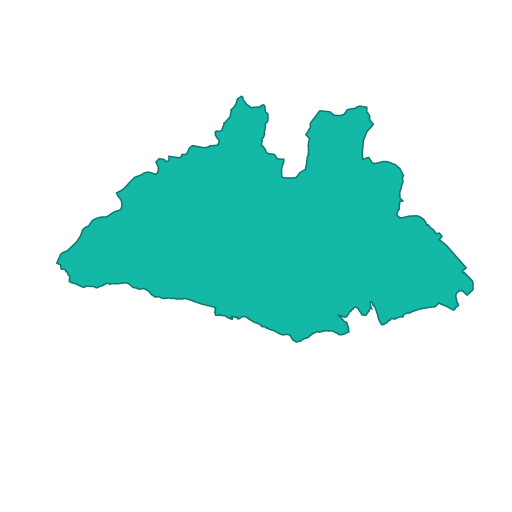 the district of Paltinis, Caras-Severin, Romania, rotated 60°
{"feature_id": "2599482B25505724064349", "entity_name": "Paltinis", "entity_type": "district", "adm_level": 2, "iso_a3": "ROU", "parent_name": "Romania", "parent_adm1": "Caras-Severin", "projection": "albers", "projection_center": [22.135, 45.385], "detail": "fine", "context": "isolated", "style": "filled", "palette": "teal", "viewbox_px": 512, "rotation_deg": 60, "n_neighbors": 0, "source": "geoboundaries", "source_scale": "gbopen_adm2", "svg_char_len": 6112}
<svg xmlns="http://www.w3.org/2000/svg" viewBox="0 0 512 512"><g transform="rotate(60 256 256)"><path d="M162.6,432.1L165.9,429.7L169.8,431.2L170.4,430.9L171.6,428.7L172.4,428.1L174.5,428.3L175.0,427.7L175.9,427.5L178.0,428.1L180.4,427.4L181.6,427.9L182.6,429.1L184.8,430.5L186.6,429.0L186.9,429.2L189.6,426.3L196.2,421.7L197.2,420.4L197.4,417.4L199.6,414.6L201.3,411.7L203.3,410.6L204.0,409.7L204.4,405.5L205.0,403.6L204.9,401.0L205.2,398.2L207.6,396.7L207.6,395.0L210.7,390.0L213.8,382.5L216.3,380.1L221.9,378.1L223.9,375.7L226.1,374.1L227.0,372.5L227.5,370.7L228.2,369.6L230.2,368.0L233.3,366.4L237.2,365.8L241.2,363.8L242.7,360.3L245.3,358.7L246.4,357.5L247.4,355.6L247.4,355.1L247.9,354.5L248.6,352.4L250.8,350.2L251.4,348.1L252.5,347.5L252.6,347.1L254.0,345.9L254.1,344.4L254.8,344.0L256.6,340.9L256.6,339.6L259.2,336.7L270.0,327.5L279.8,317.3L280.3,317.0L281.2,317.0L281.1,317.6L283.0,318.8L283.9,318.9L284.1,319.3L283.8,319.5L283.9,319.8L287.1,320.6L287.9,319.4L288.3,318.3L289.3,316.8L288.5,317.4L288.4,317.2L289.7,316.5L289.8,315.9L291.0,314.6L292.1,312.9L293.2,311.8L294.0,311.9L295.1,311.5L296.7,310.0L297.6,309.6L298.9,308.2L297.9,307.1L296.9,308.4L296.1,307.5L298.5,304.1L298.9,303.9L299.1,304.3L299.6,304.0L299.6,303.5L300.2,303.1L300.1,302.6L301.4,303.2L302.0,301.4L301.5,299.0L302.0,297.6L303.5,295.2L305.8,294.3L307.1,293.3L307.2,293.6L312.7,290.5L315.0,288.4L316.7,287.2L318.7,286.3L319.3,286.4L320.3,286.0L321.4,284.2L322.1,283.6L323.5,283.1L323.3,282.9L323.9,282.5L324.2,281.8L325.4,281.6L327.4,280.0L329.1,278.1L335.8,274.1L338.1,271.7L338.5,270.1L339.6,268.1L341.5,266.2L346.1,266.2L347.6,265.9L350.6,264.1L352.0,259.8L351.6,255.9L352.6,252.2L352.5,250.4L352.0,249.6L352.0,248.4L351.6,245.7L352.0,242.1L351.9,241.4L352.9,239.7L353.8,239.1L353.9,238.7L353.7,238.2L354.2,237.5L354.3,236.2L354.8,234.8L355.3,234.2L355.2,233.6L356.4,231.6L357.4,230.6L357.5,229.6L358.4,228.5L358.4,227.7L360.5,226.2L361.6,225.9L363.2,224.4L365.6,223.4L366.9,221.5L367.8,217.7L367.8,215.2L368.3,213.6L366.8,213.1L365.1,212.1L363.1,211.5L361.1,211.3L359.6,210.7L358.3,211.0L357.6,211.9L356.7,212.3L351.2,213.4L349.0,214.5L348.4,214.7L348.2,214.4L349.2,213.6L349.9,212.4L351.6,211.5L353.4,209.8L353.6,209.4L353.8,208.0L353.8,207.4L351.3,202.9L351.0,200.7L350.2,198.7L350.4,198.3L349.8,197.5L349.6,196.4L349.9,195.6L351.1,194.5L352.9,193.6L354.3,194.0L357.8,193.6L359.9,193.8L360.6,192.6L361.7,191.4L362.3,190.0L361.1,188.3L360.2,185.5L358.6,183.9L358.4,182.6L359.3,182.2L356.5,181.7L352.9,180.0L353.9,179.0L354.1,178.5L357.4,179.2L359.7,178.5L368.0,180.1L371.7,181.4L377.1,181.7L378.4,181.5L379.3,179.5L378.8,179.1L379.2,178.0L379.2,175.8L378.9,175.0L378.3,174.4L378.1,173.9L378.8,172.5L377.9,170.6L377.9,169.9L378.1,169.4L379.5,168.2L380.0,167.4L380.2,166.5L380.1,165.9L380.4,162.6L381.6,160.1L382.2,159.4L382.0,158.8L381.2,158.3L380.7,156.8L380.9,154.2L381.4,152.6L382.2,151.8L382.1,149.7L383.7,140.9L387.4,130.9L388.9,127.3L389.5,126.5L388.2,120.7L390.3,120.1L389.4,120.1L391.4,119.0L394.9,116.1L401.6,112.1L401.6,110.7L400.5,108.9L400.2,105.6L398.5,104.8L396.1,105.1L394.4,104.2L390.8,103.2L388.4,101.1L387.9,96.6L388.9,95.4L390.1,94.4L395.4,92.8L393.7,85.1L392.8,84.1L391.5,83.8L387.9,81.5L386.1,81.0L374.4,83.9L374.4,85.0L372.9,85.3L372.4,84.5L371.3,79.9L342.0,85.8L333.4,89.1L332.1,85.1L328.3,85.6L327.7,86.0L326.9,88.4L326.2,88.9L321.9,89.2L318.8,90.7L315.3,91.3L314.9,91.5L314.6,92.9L312.8,92.2L309.2,92.3L307.6,92.7L303.8,94.6L302.7,95.4L301.3,97.1L298.6,102.4L298.0,103.5L296.0,110.3L295.1,112.0L293.9,112.7L290.0,113.6L289.8,112.7L287.8,110.4L287.1,108.4L285.4,107.7L284.3,106.6L283.4,106.3L282.3,105.2L280.9,104.5L280.8,104.1L281.7,101.3L277.8,102.4L272.7,99.6L269.7,96.3L267.9,94.8L265.9,92.2L264.4,91.2L261.8,90.3L260.1,88.1L252.3,87.7L246.6,89.7L240.9,94.2L239.1,96.3L237.7,98.8L235.7,106.0L234.6,107.8L233.4,108.8L227.2,109.0L226.6,110.1L226.2,112.7L225.6,115.2L220.3,112.7L209.5,105.1L203.7,97.7L201.4,90.5L200.4,88.5L198.7,88.7L197.4,89.2L194.4,89.2L191.8,87.6L188.4,87.6L186.4,88.1L184.6,86.7L182.5,85.7L178.0,91.3L177.5,93.2L177.6,96.7L175.4,102.0L175.0,104.1L176.3,106.3L177.2,108.8L176.9,111.5L176.1,113.5L173.4,117.8L168.0,120.0L162.1,128.2L168.1,142.3L169.1,143.3L171.8,144.3L173.1,147.4L173.6,147.7L175.8,152.2L181.1,150.9L183.5,153.3L187.3,156.1L188.3,156.2L190.5,157.8L192.1,158.3L193.3,159.6L193.5,159.3L194.7,159.6L195.0,160.2L195.3,161.5L200.4,165.5L201.9,165.9L202.3,167.1L205.9,170.1L205.7,171.9L205.8,176.5L207.7,180.8L208.0,182.7L205.9,186.8L202.1,193.1L201.0,193.8L200.0,193.9L193.9,190.7L191.3,188.5L189.2,185.7L187.6,184.3L186.1,183.6L183.1,188.3L181.7,189.1L177.5,189.2L176.4,190.2L173.2,194.5L170.5,195.2L168.4,194.7L164.7,195.1L163.2,196.1L160.3,194.1L159.7,193.2L158.6,192.9L157.7,192.1L156.7,189.8L154.7,187.4L153.6,187.3L152.6,186.7L149.2,183.4L147.1,182.3L145.8,180.8L145.7,179.4L144.2,177.6L139.8,175.1L138.6,174.7L137.8,174.9L136.9,175.6L135.4,175.6L130.9,173.5L129.4,173.6L128.5,174.4L128.4,178.1L128.2,178.2L129.0,178.1L127.2,181.3L125.0,186.2L123.2,186.7L120.3,188.3L114.0,188.9L111.8,188.0L110.4,188.8L110.8,193.7L114.5,197.5L116.0,200.7L116.7,203.2L116.9,204.6L118.5,205.3L122.7,209.1L124.0,213.7L124.8,215.3L124.9,217.5L125.9,217.7L129.1,221.9L130.1,222.3L129.9,225.0L128.9,226.9L128.0,227.7L128.3,229.5L129.2,229.6L130.4,230.5L131.9,230.7L134.4,230.7L136.9,230.2L138.1,230.3L139.8,232.1L140.7,234.5L138.9,237.9L138.3,239.8L137.4,240.8L137.9,241.8L136.6,246.4L128.7,255.7L128.9,258.6L129.7,260.3L132.9,264.9L132.4,267.3L131.0,269.1L132.8,271.4L132.4,273.6L126.1,281.6L128.9,283.0L129.7,284.2L129.2,287.1L126.8,287.1L124.9,289.1L123.3,291.3L124.5,295.6L129.9,296.1L130.8,296.4L133.2,298.0L135.0,300.2L135.0,302.1L130.1,306.5L128.8,309.0L128.1,312.4L128.5,314.5L127.2,321.6L129.2,329.1L131.6,336.5L131.9,340.8L131.6,345.1L134.3,345.6L140.4,344.9L143.9,346.1L145.7,347.1L147.8,349.4L148.1,351.3L147.0,355.9L147.0,360.7L147.5,363.5L147.2,366.4L145.1,370.1L144.1,373.1L143.3,377.8L143.6,380.3L146.2,385.9L146.0,389.8L146.5,392.8L150.9,398.0L154.1,404.4L157.1,416.7L156.4,421.9L157.0,424.6L162.6,432.1Z" fill="#14b8a6" stroke="#0f766e" stroke-width="1.5"/></g></svg>